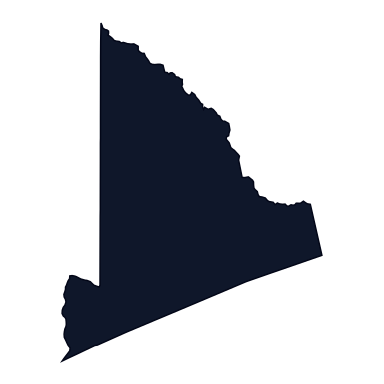 Wanderlândia, Tocantins, Brazil (Natural Earth projection)
{"feature_id": "56859067B89529630375047", "entity_name": "Wanderlândia", "entity_type": "district", "adm_level": 2, "iso_a3": "BRA", "parent_name": "Brazil", "parent_adm1": "Tocantins", "projection": "natural_earth1", "projection_center": [-48.028, -6.887], "detail": "fine", "context": "isolated", "style": "filled", "palette": "ink", "viewbox_px": 384, "rotation_deg": 0, "n_neighbors": 0, "source": "geoboundaries", "source_scale": "gbopen_adm2", "svg_char_len": 2484}
<svg xmlns="http://www.w3.org/2000/svg" viewBox="0 0 384 384"><path d="M97.4,345.1L124.4,333.0L126.9,331.9L155.4,319.9L159.5,318.2L193.7,303.8L242.6,283.1L245.2,282.0L247.0,281.3L266.5,274.5L270.2,273.2L277.5,270.7L321.9,255.3L310.3,204.3L307.3,203.8L305.6,202.8L303.4,201.2L300.4,203.3L296.2,203.2L294.8,204.9L293.1,205.2L291.0,204.8L288.4,206.3L286.8,205.9L285.1,204.1L282.5,204.3L279.4,203.9L277.4,203.0L275.0,204.6L273.2,202.3L268.9,201.5L267.4,200.5L265.3,198.0L262.1,197.0L259.3,196.6L258.0,194.5L257.3,191.6L254.9,189.4L253.9,187.9L253.6,185.2L253.5,181.9L252.5,180.2L248.4,176.9L244.7,177.6L242.1,177.4L238.6,160.1L239.4,156.1L238.1,154.4L236.1,152.3L234.3,150.3L232.8,149.3L230.8,147.6L229.2,142.9L226.1,139.1L226.7,136.6L228.6,135.8L229.0,133.1L229.9,130.0L229.3,126.4L228.7,123.5L224.7,121.2L222.8,121.2L220.9,119.2L219.8,116.2L217.2,115.0L216.3,113.0L213.3,109.6L211.2,108.3L208.1,109.3L204.6,107.3L203.7,109.4L202.6,107.2L202.6,104.3L200.7,103.3L198.7,100.1L196.0,97.1L194.7,94.5L191.8,92.4L190.4,94.9L188.5,95.2L185.5,92.8L183.7,90.5L182.8,88.5L181.7,86.3L182.5,84.4L182.2,82.2L182.3,79.4L180.1,78.8L178.5,77.3L175.4,76.7L174.6,74.5L172.1,72.7L170.2,72.9L168.9,74.3L167.3,72.6L164.8,72.3L164.0,69.3L163.0,65.2L160.2,64.3L157.8,64.3L154.7,64.6L152.0,64.3L149.8,63.2L148.7,61.0L147.3,59.0L145.5,56.7L144.2,53.4L141.9,53.3L139.3,51.6L138.2,50.1L138.2,46.3L133.9,43.9L131.0,44.1L127.4,43.7L125.3,43.0L123.2,42.4L121.3,43.0L119.3,41.5L116.1,41.1L114.2,40.5L112.4,38.4L110.4,36.7L108.1,35.2L108.6,33.1L108.5,31.1L107.0,30.0L104.9,29.5L102.7,27.9L102.2,25.9L101.0,23.0L100.7,41.3L100.6,57.2L100.6,61.6L100.6,66.0L100.6,69.7L100.5,118.9L100.5,127.5L100.5,131.3L100.5,138.0L100.4,142.9L100.4,161.8L100.3,200.8L100.3,205.2L100.3,207.1L100.3,209.4L100.2,215.8L100.0,285.3L99.1,287.0L96.6,286.2L93.9,285.2L91.9,283.3L90.3,281.7L88.5,281.0L86.9,280.4L85.0,280.2L83.0,279.6L80.8,279.0L78.5,277.8L76.4,276.7L74.8,276.1L72.1,275.6L69.8,275.9L69.6,278.7L68.2,280.7L67.3,282.9L66.5,285.2L65.5,287.1L65.5,289.3L64.9,291.6L63.9,294.4L64.2,297.0L65.4,299.2L66.0,302.0L64.9,305.2L63.3,307.3L62.3,310.1L62.1,313.5L63.3,316.0L64.9,317.3L65.9,318.9L66.2,321.7L66.3,324.4L66.0,326.4L64.9,329.0L64.4,331.5L64.1,334.1L64.3,337.3L65.3,339.3L66.1,341.0L66.9,342.8L68.1,345.3L70.1,347.8L69.8,350.8L68.7,352.2L67.6,353.7L65.9,355.9L64.6,357.6L63.5,359.1L62.2,361.0L68.6,357.9L77.4,353.8L79.5,352.8L82.6,351.3L92.5,346.6L94.8,345.5L97.4,345.1Z" fill="#0f172a" stroke="#020617" stroke-width="1.5"/></svg>